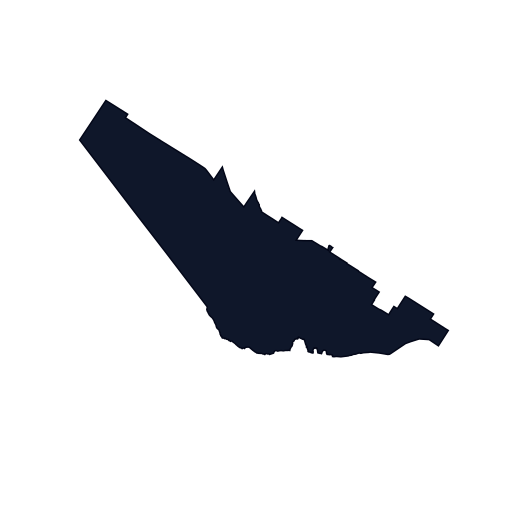 the district of Marcos Juárez, Córdoba, Argentina, rotated 111°
{"feature_id": "61730980B3825468035519", "entity_name": "Marcos Juárez", "entity_type": "district", "adm_level": 2, "iso_a3": "ARG", "parent_name": "Argentina", "parent_adm1": "Córdoba", "projection": "natural_earth1", "projection_center": [-62.056, -32.995], "detail": "fine", "context": "isolated", "style": "filled", "palette": "ink", "viewbox_px": 512, "rotation_deg": 111, "n_neighbors": 0, "source": "geoboundaries", "source_scale": "gbopen_adm2", "svg_char_len": 5890}
<svg xmlns="http://www.w3.org/2000/svg" viewBox="0 0 512 512"><g transform="rotate(111 256 256)"><path d="M256.6,49.8L256.0,53.2L252.4,70.6L246.5,69.4L240.7,98.4L240.1,102.2L248.2,103.9L254.5,105.2L253.7,109.2L260.5,110.6L263.3,111.1L261.7,119.7L261.6,122.4L260.0,130.7L254.9,129.7L254.9,130.1L245.5,128.1L243.9,136.4L237.5,134.9L235.9,143.6L233.6,154.8L233.2,155.0L230.5,168.7L230.0,168.6L228.5,176.1L229.1,176.3L229.1,176.6L228.4,176.4L225.9,188.6L220.6,187.4L220.6,188.2L220.7,188.5L220.2,189.1L220.0,189.8L220.0,190.3L219.8,190.9L219.9,191.3L220.2,191.5L220.6,191.6L221.8,191.3L222.3,191.4L222.7,191.3L223.2,191.3L223.6,191.2L224.2,191.1L224.6,190.7L224.8,190.6L223.5,197.9L223.8,197.9L221.7,209.3L224.6,217.1L226.9,224.1L224.7,223.7L215.4,221.7L214.5,226.5L213.3,232.1L212.5,236.3L210.6,245.6L212.2,245.8L216.9,246.9L216.7,248.1L215.4,254.0L214.2,260.1L212.8,266.6L212.1,266.9L211.5,267.4L211.4,267.6L210.4,268.5L209.4,269.8L208.6,270.6L207.8,271.1L207.1,271.3L206.8,271.5L206.4,272.2L205.4,273.0L205.0,273.7L204.6,274.1L204.1,274.7L203.2,275.6L202.2,276.3L201.9,276.6L201.7,276.6L201.5,276.9L200.4,277.6L200.1,277.9L199.7,278.2L199.5,278.5L199.0,278.8L198.3,279.5L197.2,280.0L196.1,280.6L209.5,283.8L214.6,284.9L211.1,291.7L205.3,302.7L205.1,303.1L197.6,309.3L187.6,317.4L185.0,319.3L193.8,321.3L200.1,322.7L194.0,332.5L193.2,333.9L192.6,335.1L192.0,337.6L189.4,350.0L182.5,386.4L182.4,386.6L181.4,392.0L179.9,399.7L173.7,427.5L169.6,426.6L164.6,451.9L189.0,457.3L210.9,462.2L258.6,384.8L284.9,341.6L320.9,283.3L322.5,282.9L322.9,282.9L323.7,282.7L325.1,281.6L325.8,280.6L326.5,280.0L327.3,279.0L327.6,278.7L327.9,278.3L328.8,276.4L329.0,275.7L329.4,274.7L330.2,273.5L331.3,272.1L333.1,270.6L333.5,270.0L334.6,268.8L335.1,268.4L335.5,268.2L336.8,267.2L337.2,266.7L337.7,265.8L337.9,265.0L338.2,264.2L340.2,262.5L340.5,262.1L341.7,261.6L342.4,260.7L342.6,260.6L342.8,260.5L343.2,260.2L343.3,259.5L343.6,258.9L343.9,258.6L344.3,258.6L344.6,258.1L344.5,257.4L344.1,256.3L344.2,255.9L344.3,255.7L344.4,255.3L344.3,255.2L343.9,255.2L343.7,254.8L343.7,254.5L344.0,254.1L344.2,253.8L344.2,253.3L344.1,252.9L344.1,252.5L343.8,252.0L343.7,251.7L343.9,251.5L344.4,251.3L344.6,251.0L344.6,250.4L344.5,249.9L344.8,249.3L344.8,249.1L344.3,248.8L344.1,248.5L343.9,248.1L344.1,247.7L344.4,247.4L344.5,246.5L344.7,246.0L345.0,244.9L345.2,244.2L345.3,243.8L345.4,243.7L345.8,243.0L345.9,242.6L346.1,242.1L346.2,241.7L346.6,240.9L346.9,239.6L347.2,238.9L347.3,238.1L347.2,237.6L347.2,237.2L347.1,236.8L347.2,236.4L347.2,235.9L347.4,235.8L347.3,235.5L346.9,235.2L346.3,234.6L346.2,234.0L346.4,233.5L346.1,233.4L345.8,233.6L345.7,233.5L345.3,233.3L345.3,233.2L344.9,232.9L344.8,232.6L344.3,231.7L344.0,230.9L343.8,230.6L343.6,229.5L344.2,227.9L344.4,227.4L344.4,226.9L344.7,226.5L344.9,225.8L345.2,225.1L345.2,224.7L345.4,224.2L345.9,222.5L345.9,221.7L346.3,220.5L346.2,220.0L346.0,219.7L346.0,219.0L345.7,218.1L345.4,217.0L345.1,216.6L345.0,216.3L344.9,215.2L345.0,214.5L345.0,214.3L344.8,214.1L344.8,213.9L344.7,213.4L344.8,213.1L344.9,212.8L344.8,212.4L344.6,212.3L344.1,212.4L343.8,212.2L343.5,211.4L343.2,210.6L343.2,210.3L343.3,210.0L343.2,209.7L342.8,209.4L342.7,208.8L343.1,208.2L342.1,206.8L341.7,206.4L340.7,205.1L340.5,204.9L340.4,204.8L340.0,204.9L338.2,204.6L337.8,204.3L337.4,203.9L337.1,203.2L337.0,202.6L337.1,201.9L336.8,201.4L336.6,200.9L336.2,200.5L335.3,198.7L334.7,196.4L333.7,194.8L333.0,193.0L332.7,192.3L332.3,191.6L332.1,190.6L331.5,190.7L331.3,190.8L330.2,190.8L328.5,190.6L327.4,190.2L326.9,190.1L326.4,190.2L326.0,190.2L325.4,190.3L325.0,190.3L324.3,190.5L324.1,190.9L323.9,190.9L323.7,191.0L323.2,191.0L322.1,190.4L321.6,190.1L320.6,190.1L320.1,190.0L319.8,189.7L319.7,189.8L319.3,189.7L319.0,189.3L318.8,188.8L318.9,188.6L318.5,188.3L318.5,187.5L318.3,187.5L318.2,187.5L317.9,187.6L317.9,187.3L317.7,187.3L317.6,187.2L317.3,187.2L316.7,187.4L316.5,187.2L316.4,187.1L316.5,186.9L316.4,186.7L316.5,186.6L316.6,186.1L316.7,185.9L316.6,185.7L316.8,184.9L316.8,184.7L316.8,184.0L316.8,183.6L317.0,183.0L316.8,181.7L316.5,181.5L316.5,181.3L316.6,181.1L317.0,181.0L317.2,180.6L317.4,180.3L317.9,180.1L318.1,179.8L318.2,179.6L318.7,179.5L319.2,179.0L319.4,178.9L320.4,178.2L321.6,177.0L321.7,176.7L322.0,176.4L322.5,176.4L322.3,176.0L322.4,175.9L322.6,175.9L322.8,175.6L323.3,175.7L323.8,175.0L324.2,174.6L324.4,174.3L324.7,174.3L324.8,174.1L325.2,173.9L325.4,173.7L325.6,173.2L326.0,173.1L326.3,173.3L326.5,173.1L326.4,172.8L326.4,172.6L326.5,172.5L326.6,172.4L326.4,172.1L326.5,171.4L326.4,171.2L326.3,170.5L326.3,170.2L326.5,169.9L326.3,169.7L326.3,169.4L326.4,169.1L326.2,168.8L326.2,168.6L326.3,168.4L326.1,168.0L325.8,168.0L325.6,168.1L325.4,168.4L325.0,168.3L324.7,168.4L324.2,168.7L323.8,169.0L323.3,169.2L322.4,169.1L322.0,169.0L321.7,169.0L321.4,168.8L320.9,168.8L320.8,168.7L320.8,168.4L321.0,168.1L320.4,167.6L320.2,167.0L320.4,166.9L320.2,166.7L320.3,166.1L320.7,165.9L321.7,165.1L321.8,164.9L322.1,164.6L322.7,164.4L323.0,164.3L323.7,163.8L324.2,163.6L324.3,163.3L324.1,162.5L324.1,162.2L324.0,161.7L324.0,161.3L323.7,160.7L323.8,159.9L323.6,159.8L322.3,159.9L320.5,159.7L320.4,159.6L320.2,159.4L320.0,159.1L319.7,159.0L319.5,158.9L319.3,158.2L319.3,157.2L319.3,156.7L319.4,156.4L321.8,155.1L321.9,154.9L322.0,154.7L322.4,154.4L322.4,154.2L322.0,153.2L322.0,152.7L321.8,152.3L321.8,151.9L321.4,151.5L321.3,151.3L321.3,150.5L321.1,150.2L321.1,149.9L321.0,149.5L321.3,149.1L321.5,149.1L321.7,148.7L322.1,148.6L322.2,148.4L322.4,148.4L322.3,147.8L322.1,147.1L321.0,145.0L319.7,140.6L316.4,134.4L316.1,133.9L315.8,133.7L315.2,132.8L314.4,131.3L313.0,129.9L311.8,127.6L311.1,126.9L309.6,125.0L309.4,123.7L309.3,123.3L307.8,121.0L305.5,116.0L304.9,115.2L304.7,114.5L302.4,106.1L300.7,97.7L300.3,96.9L300.0,96.3L299.5,95.8L298.4,95.0L284.1,85.0L280.6,81.0L275.5,74.6L274.9,73.7L272.0,64.4L274.5,53.5L256.6,49.8Z" fill="#0f172a" stroke="#020617" stroke-width="1.5"/></g></svg>